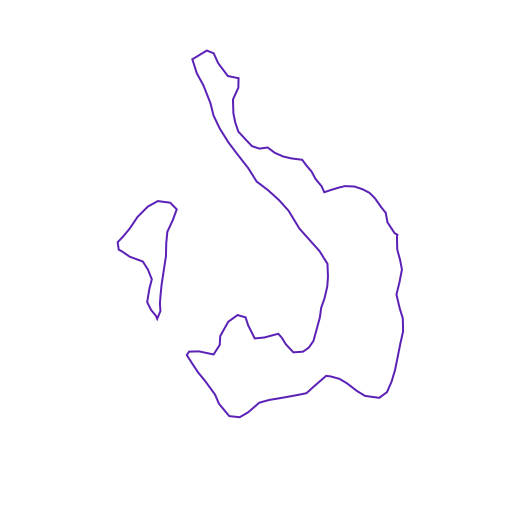 Lankaran District, Lankaran, Azerbaijan, rotated 138°
{"feature_id": "54616110B17009633679109", "entity_name": "Lankaran District", "entity_type": "district", "adm_level": 2, "iso_a3": "AZE", "parent_name": "Azerbaijan", "parent_adm1": "Lankaran", "projection": "equal_earth", "projection_center": [49.011, 39.075], "detail": "fine", "context": "isolated", "style": "outline", "palette": "violet", "viewbox_px": 512, "rotation_deg": 138, "n_neighbors": 0, "source": "geoboundaries", "source_scale": "gbopen_adm2", "svg_char_len": 1875}
<svg xmlns="http://www.w3.org/2000/svg" viewBox="0 0 512 512"><g transform="rotate(138 256 256)"><path d="M136.7,177.2L137.7,180.3L135.8,193.0L130.7,201.3L130.3,208.5L129.0,219.1L129.4,227.0L132.1,234.2L136.3,241.7L143.0,248.3L148.4,251.3L156.3,255.0L162.6,257.7L160.6,263.9L160.2,273.6L158.2,281.5L158.0,289.2L157.3,296.6L164.3,304.7L169.3,311.9L173.0,320.2L174.7,328.8L174.8,328.9L181.6,333.5L185.5,340.3L185.7,347.8L185.9,360.2L182.0,369.3L177.3,377.2L168.4,387.7L156.5,392.9L150.0,399.8L156.5,408.6L155.1,424.6L151.8,435.0L155.1,441.6L171.7,444.8L177.8,431.2L180.9,418.0L187.6,400.0L193.5,389.0L197.7,374.8L200.5,358.7L201.7,344.6L203.0,326.3L205.7,310.9L203.0,296.8L201.5,282.0L201.5,267.9L205.4,247.4L205.5,225.8L205.5,217.3L208.1,202.4L216.5,192.3L223.4,185.7L233.4,178.7L242.2,173.9L249.8,167.5L261.6,159.9L270.2,154.4L278.0,152.6L285.0,153.4L292.7,159.4L292.9,170.5L291.5,177.9L291.5,183.3L304.4,189.9L312.1,195.6L308.2,209.8L304.8,217.4L309.3,224.5L320.7,225.7L336.2,220.4L342.4,214.2L353.4,211.2L362.2,223.3L369.7,229.7L373.7,228.7L375.2,219.8L376.9,208.4L377.5,196.4L379.2,180.3L382.4,171.0L383.0,154.9L376.0,147.1L366.4,145.1L351.8,144.8L342.7,140.3L329.0,131.6L316.5,123.9L310.3,120.3L300.4,120.3L284.1,120.0L281.2,116.7L276.2,108.9L273.6,100.6L271.3,88.1L268.6,79.1L259.3,68.1L249.7,67.2L239.2,72.0L229.0,78.2L218.5,86.0L207.4,94.3L197.2,101.5L188.7,111.3L184.1,121.2L177.4,133.4L167.2,140.3L156.6,148.3L151.7,156.4L146.7,166.3L138.0,176.4L136.7,177.2ZM371.5,275.4L363.8,279.1L359.3,284.9L352.9,291.0L345.4,297.8L333.1,307.9L323.1,316.1L314.1,325.6L305.7,333.3L293.9,338.3L283.7,343.7L284.1,353.0L292.2,362.5L303.3,365.1L318.0,364.3L331.4,360.9L341.7,359.4L349.6,358.8L353.8,352.5L352.7,349.9L350.3,339.9L343.8,327.6L345.4,318.2L349.0,308.4L357.0,303.1L367.7,294.6L370.1,286.1L370.4,278.5L371.5,275.4Z" fill="none" stroke="#5b21b6" stroke-width="2"/></g></svg>